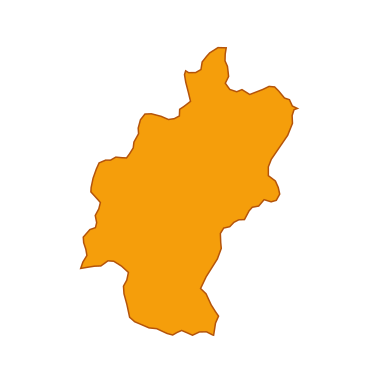 Växjö, Kronoberg, Sweden (Albers equal-area conic projection), rotated 212°
{"feature_id": "70781695B32930756633279", "entity_name": "Växjö", "entity_type": "district", "adm_level": 2, "iso_a3": "SWE", "parent_name": "Sweden", "parent_adm1": "Kronoberg", "projection": "albers", "projection_center": [14.91, 56.945], "detail": "fine", "context": "isolated", "style": "filled", "palette": "amber", "viewbox_px": 384, "rotation_deg": 212, "n_neighbors": 0, "source": "geoboundaries", "source_scale": "gbopen_adm2", "svg_char_len": 1670}
<svg xmlns="http://www.w3.org/2000/svg" viewBox="0 0 384 384"><g transform="rotate(212 192 192)"><path d="M146.9,318.7L152.5,318.1L158.3,321.9L163.4,320.7L172.1,323.6L177.6,324.9L182.6,322.4L186.3,316.5L194.7,305.3L203.9,305.3L207.2,300.7L214.3,299.0L221.4,301.9L222.2,309.4L225.2,313.2L228.5,317.3L233.5,320.7L236.9,326.5L239.4,332.4L246.5,328.2L250.7,319.4L251.5,314.8L252.3,307.7L249.3,300.6L252.2,295.2L258.1,291.4L261.6,291.4L260.6,287.6L255.5,281.8L247.6,274.3L241.3,268.1L244.2,260.2L246.3,255.6L243.0,249.8L245.9,244.8L250.4,241.0L258.3,239.8L267.9,236.8L273.2,233.2L274.0,226.0L271.5,217.7L268.2,213.1L267.7,203.6L265.2,198.2L265.2,191.2L265.6,186.2L269.3,184.1L275.1,181.2L278.0,175.8L282.1,173.3L286.2,167.5L285.3,160.8L283.2,151.3L279.9,142.3L277.8,138.5L267.9,135.7L264.1,134.5L262.1,128.3L261.6,120.8L256.6,115.5L255.0,110.6L258.7,106.0L260.3,96.1L257.0,91.6L251.6,87.1L247.5,82.5L247.4,74.7L245.9,68.2L239.8,73.6L235.4,77.4L230.1,81.0L226.8,89.1L221.7,91.8L212.4,91.8L203.3,90.1L200.6,82.7L200.2,75.8L195.7,69.6L187.8,62.3L178.5,52.7L173.5,51.9L172.0,51.6L156.4,54.0L149.5,57.4L138.2,58.8L132.6,60.5L130.2,65.0L127.4,69.1L120.9,70.1L115.7,70.8L111.5,77.3L105.6,81.1L98.7,81.7L97.8,82.0L99.9,87.0L102.6,93.3L103.7,100.8L108.4,102.8L115.9,106.4L126.1,113.1L133.6,114.7L135.1,127.7L135.0,148.6L137.3,159.7L140.9,164.4L146.0,171.9L146.0,178.2L141.6,182.6L140.4,188.5L137.6,193.2L132.9,196.4L133.6,206.3L132.8,211.0L128.0,215.4L126.8,223.7L119.7,225.6L116.1,229.6L116.5,236.7L121.2,241.5L127.1,245.5L135.9,246.3L140.6,253.8L142.1,261.8L140.9,290.8L143.2,303.5L147.6,309.9L149.1,315.9L146.9,318.7Z" fill="#f59e0b" stroke="#b45309" stroke-width="1.5"/></g></svg>